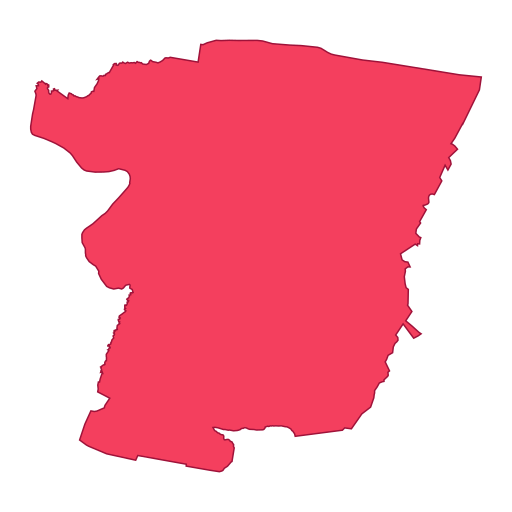 the district of Camden, New South Wales, Australia
{"feature_id": "25037944B29927872698138", "entity_name": "Camden", "entity_type": "district", "adm_level": 2, "iso_a3": "AUS", "parent_name": "Australia", "parent_adm1": "New South Wales", "projection": "mercator", "projection_center": [150.696, -34.016], "detail": "fine", "context": "isolated", "style": "filled", "palette": "rose", "viewbox_px": 512, "rotation_deg": 0, "n_neighbors": 0, "source": "geoboundaries", "source_scale": "gbopen_adm2", "svg_char_len": 5865}
<svg xmlns="http://www.w3.org/2000/svg" viewBox="0 0 512 512"><path d="M462.8,124.0L479.4,89.9L481.3,77.0L459.3,74.8L382.4,62.3L362.5,60.0L334.7,55.0L331.2,54.1L327.6,52.4L321.0,48.3L317.6,47.3L301.3,45.6L290.1,45.1L272.4,43.7L262.7,41.0L257.2,40.4L238.3,40.5L229.2,40.3L221.0,40.6L216.2,40.3L207.2,42.8L203.0,44.7L200.8,44.4L198.1,62.1L170.2,57.3L168.4,58.0L166.1,57.8L165.0,58.0L162.6,60.5L160.1,62.0L157.9,62.9L156.2,62.3L152.6,61.6L151.1,60.4L150.5,60.2L149.4,61.3L148.7,63.3L146.5,64.5L143.1,64.1L142.4,63.8L141.4,62.7L140.7,62.9L139.6,62.4L138.4,62.4L137.1,61.6L135.5,63.3L134.3,62.5L132.4,62.9L131.1,62.7L129.3,63.1L127.6,62.2L125.4,63.5L124.5,63.2L122.7,62.1L122.0,63.0L121.1,63.2L120.2,63.0L119.4,63.3L118.2,65.1L117.4,65.4L116.2,65.0L116.5,64.1L116.2,63.5L114.4,63.6L113.3,64.7L113.6,65.0L109.3,72.6L108.8,72.5L107.3,73.3L106.7,73.9L105.6,74.3L105.4,75.4L105.1,75.6L103.9,75.4L103.0,76.2L100.9,75.8L99.6,76.0L98.0,78.0L97.1,79.2L98.7,78.7L98.5,80.7L97.1,83.8L94.5,87.5L93.8,91.4L92.6,91.3L91.4,91.9L91.0,93.4L89.4,94.6L88.9,95.5L87.9,95.7L86.6,96.7L83.7,97.8L82.1,98.0L78.8,97.6L77.8,97.0L76.3,96.7L75.2,95.9L73.9,95.9L73.3,94.9L72.2,94.7L71.5,93.8L69.2,93.0L68.2,95.1L67.8,98.7L57.1,91.0L57.7,90.2L55.1,90.3L54.5,88.7L53.5,89.0L53.7,90.3L53.5,90.8L51.4,91.1L51.6,92.3L51.0,93.8L50.7,94.2L49.9,94.2L48.9,93.0L48.6,91.7L48.8,90.9L48.4,89.9L47.8,89.3L47.4,88.2L47.7,87.2L48.7,87.0L48.8,85.7L48.6,84.9L47.7,85.3L47.3,84.1L46.7,83.7L45.9,83.5L45.6,84.1L41.8,80.9L40.8,82.2L38.7,82.0L37.2,83.3L38.3,84.3L38.5,85.7L36.2,85.8L36.9,88.6L34.9,91.2L35.9,93.9L36.1,95.5L33.6,109.6L32.6,113.8L30.7,126.3L30.7,129.1L31.3,132.2L32.5,134.2L34.8,135.4L44.0,138.4L51.8,141.7L55.7,143.5L63.8,148.0L70.3,153.1L72.5,155.7L76.7,162.1L81.6,168.0L84.1,170.0L86.6,171.0L95.1,172.1L103.4,172.0L108.9,171.6L114.1,170.4L118.7,168.7L125.1,170.3L127.4,171.6L129.3,174.2L130.1,176.5L130.3,178.7L129.7,182.7L129.9,183.4L129.2,185.1L127.9,187.3L126.0,189.5L118.8,197.7L112.7,204.1L107.6,211.0L105.2,213.4L101.9,215.6L92.9,223.8L86.6,228.1L84.5,229.8L82.6,232.6L81.9,234.4L81.9,237.9L82.2,242.6L85.1,247.9L85.4,249.4L85.4,253.0L85.7,254.5L85.7,255.9L86.6,257.8L89.2,261.6L93.3,264.7L95.7,266.1L98.8,271.2L98.6,273.5L101.3,279.3L106.7,286.4L109.4,287.8L113.7,289.0L118.5,288.1L121.7,289.0L123.4,288.0L125.4,285.6L126.1,285.1L129.4,284.4L130.0,285.0L130.1,285.5L129.8,287.2L129.9,288.2L132.2,289.5L133.1,292.5L132.6,292.8L130.9,292.7L130.2,293.2L130.7,294.0L130.7,294.8L129.1,295.1L129.4,296.2L128.5,298.0L127.6,298.4L126.8,299.2L127.7,300.6L128.5,300.4L128.7,300.7L128.1,302.0L127.1,302.2L127.3,303.6L126.4,305.4L125.8,305.4L125.1,304.9L124.8,305.3L124.8,307.8L125.5,308.4L124.5,309.0L124.4,309.4L124.7,309.9L125.8,310.7L125.6,311.4L119.4,315.9L119.0,317.3L119.3,317.7L119.9,317.6L120.2,318.0L119.8,318.3L119.6,319.2L118.3,319.4L118.2,319.9L118.8,321.7L119.6,321.9L119.1,323.0L119.7,323.3L119.8,323.6L117.3,325.4L116.9,328.4L117.4,329.2L117.3,329.5L115.9,329.8L115.5,330.7L114.9,330.3L114.2,330.5L114.0,331.1L114.3,331.5L114.2,331.8L114.3,332.6L113.6,333.0L114.5,333.9L114.5,334.4L114.1,335.2L113.6,335.3L113.1,336.0L113.7,338.0L112.0,339.8L111.4,342.1L110.9,342.4L110.8,343.9L110.1,344.4L108.5,344.6L107.8,345.7L107.9,346.1L109.3,346.0L109.5,346.8L110.1,347.3L110.1,347.7L110.0,348.0L109.1,348.1L108.7,349.3L107.9,349.8L108.6,350.2L108.8,350.6L106.3,354.3L106.3,356.3L106.5,357.6L106.4,360.7L105.6,360.9L104.9,362.2L104.7,363.2L105.0,364.0L104.7,364.7L103.4,364.9L100.6,367.0L101.2,367.6L101.0,368.2L101.7,370.2L100.8,371.0L101.0,371.6L100.7,372.3L102.2,371.9L102.7,373.4L102.1,373.3L100.3,378.6L99.5,382.1L98.4,382.0L97.8,385.1L98.2,389.0L97.7,391.9L109.8,398.2L105.2,405.0L104.6,406.4L104.4,407.8L96.8,411.1L94.3,411.5L90.9,410.9L84.9,424.1L79.6,440.0L86.4,445.0L88.6,446.2L106.6,453.8L135.7,460.2L137.8,455.5L186.3,464.2L186.2,466.1L209.7,470.2L219.4,471.7L221.8,471.0L222.9,470.4L224.4,468.2L227.5,466.2L231.1,462.0L232.0,461.5L234.2,447.9L233.5,446.5L233.6,444.5L232.5,443.1L232.3,442.3L231.6,441.7L230.3,441.4L229.9,440.6L228.6,439.5L227.2,439.4L225.0,439.9L224.3,439.7L223.7,438.5L223.8,436.2L223.3,435.1L222.6,434.8L221.2,434.6L220.1,434.1L219.4,433.3L217.5,432.7L216.3,431.4L215.1,430.9L214.4,430.2L213.0,427.5L215.0,427.3L218.0,427.8L223.4,429.5L225.1,429.5L228.3,430.2L229.4,430.0L233.5,430.8L237.3,430.5L238.3,430.1L238.8,430.2L239.7,429.6L240.5,429.5L241.1,428.7L242.4,428.3L243.1,428.4L244.4,427.7L246.1,427.8L248.3,428.9L249.6,429.3L254.0,429.5L256.5,430.0L262.9,429.8L264.0,429.3L265.1,427.8L265.2,427.0L267.7,426.2L268.7,426.5L270.6,425.8L271.5,426.0L272.7,425.7L273.7,426.0L275.6,425.8L278.8,426.0L281.2,425.8L285.2,426.7L286.9,426.8L288.6,427.6L290.8,428.9L291.9,430.6L292.6,430.9L294.6,433.8L295.2,436.3L342.4,430.2L344.7,427.9L351.4,428.8L361.8,413.9L370.6,407.1L373.8,397.9L374.2,394.5L374.6,393.0L374.6,390.6L377.1,387.0L379.3,383.0L382.1,381.8L384.0,381.4L384.0,379.8L387.2,376.8L388.1,375.7L388.2,375.0L387.9,372.3L389.5,370.9L385.2,361.9L386.6,359.4L388.1,355.3L392.6,352.7L393.3,346.9L395.0,343.4L396.8,341.8L398.0,340.2L397.8,337.5L395.7,335.0L403.1,323.9L413.7,338.2L418.1,335.9L421.1,333.8L419.0,332.4L412.3,326.3L405.7,320.8L411.9,311.5L407.5,305.1L408.0,304.0L408.3,289.4L406.1,287.7L405.1,283.6L404.3,276.7L405.4,271.3L405.2,268.9L407.8,266.9L410.1,266.9L407.9,262.1L404.9,261.7L402.1,259.9L400.5,253.8L415.2,244.1L417.5,245.6L417.6,243.7L419.6,243.9L419.8,240.4L420.8,237.6L419.3,237.0L415.8,233.3L416.4,229.0L420.6,223.0L419.6,221.6L426.3,209.7L424.2,207.9L423.1,205.9L423.2,205.4L424.9,205.1L427.6,204.0L428.5,203.1L428.9,202.2L428.5,198.0L428.7,196.5L429.5,195.0L430.7,194.2L431.4,194.1L432.6,194.0L434.3,194.6L434.9,193.6L441.8,180.9L439.7,177.5L445.1,165.2L447.9,170.0L451.1,164.1L450.4,160.6L448.7,157.6L457.5,149.2L454.8,146.0L452.4,144.2L451.0,143.7L454.8,138.2L462.6,123.7L462.8,124.0Z" fill="#f43f5e" stroke="#9f1239" stroke-width="1.5"/></svg>